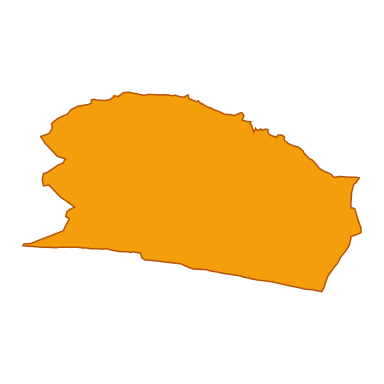 Tambrauw, Papua Barat, Indonesia (orthographic projection)
{"feature_id": "22746128B68810971865676", "entity_name": "Tambrauw", "entity_type": "district", "adm_level": 2, "iso_a3": "IDN", "parent_name": "Indonesia", "parent_adm1": "Papua Barat", "projection": "orthographic", "projection_center": [132.821, -0.81], "detail": "fine", "context": "isolated", "style": "filled", "palette": "amber", "viewbox_px": 384, "rotation_deg": 0, "n_neighbors": 0, "source": "geoboundaries", "source_scale": "gbopen_adm2", "svg_char_len": 4878}
<svg xmlns="http://www.w3.org/2000/svg" viewBox="0 0 384 384"><path d="M358.8,178.8L359.2,177.9L356.7,177.4L354.0,177.2L352.5,177.3L351.6,177.3L349.5,177.1L347.2,177.2L346.3,177.1L345.8,177.0L345.5,176.9L345.3,176.9L344.6,176.8L343.8,176.7L343.0,176.7L342.2,176.6L341.5,176.6L340.7,176.6L339.9,176.3L339.5,176.6L338.8,176.6L338.2,176.7L337.8,176.8L336.8,177.0L336.1,177.1L335.5,177.2L335.0,177.3L334.4,177.3L333.7,177.0L333.1,176.5L332.7,176.1L332.3,175.6L331.9,175.1L331.4,174.7L330.3,173.9L329.8,173.6L329.2,173.3L328.7,173.1L328.0,172.9L327.5,172.6L327.0,172.4L326.5,172.2L325.8,171.9L325.3,171.7L324.6,171.4L323.6,170.9L322.4,170.2L321.8,169.9L321.3,169.6L320.8,169.3L320.1,168.9L319.7,168.6L319.2,168.3L318.8,167.8L318.4,167.3L318.0,166.7L317.6,166.0L316.9,165.3L316.4,164.8L316.0,164.2L315.5,163.5L314.8,162.7L314.2,162.2L313.5,161.5L312.9,160.7L312.4,160.1L310.4,159.2L308.6,158.0L306.4,155.7L304.8,154.0L304.9,153.9L304.6,153.6L304.0,153.2L303.8,153.0L303.6,152.1L303.3,151.2L301.5,149.7L301.4,149.6L301.1,149.0L300.5,148.7L300.1,148.4L299.9,148.2L299.7,148.1L299.2,147.8L298.7,147.3L298.7,147.2L297.2,146.8L294.8,146.1L292.5,145.4L291.1,144.9L289.4,144.0L288.7,143.9L287.5,143.0L287.2,142.3L286.8,142.1L286.2,141.7L285.4,141.2L285.2,141.2L284.3,140.1L284.4,138.9L284.5,137.2L282.8,135.6L281.4,135.1L279.8,135.0L278.9,135.1L277.6,135.4L276.7,137.1L275.9,136.9L274.4,136.7L273.4,136.1L273.2,136.1L272.4,135.9L271.9,135.7L271.5,135.5L270.9,135.5L269.0,133.9L267.8,131.8L267.7,131.0L268.0,130.4L267.8,129.4L265.9,129.3L265.5,129.4L265.5,130.1L265.3,129.2L263.0,129.9L261.4,129.8L261.1,129.1L260.6,129.1L260.4,129.0L259.9,129.4L259.3,130.1L258.3,130.3L257.0,129.9L256.4,129.3L256.1,129.3L255.6,128.6L255.6,128.9L253.8,132.0L253.8,131.6L252.9,129.5L251.9,126.1L250.3,123.9L250.9,121.8L248.6,121.7L248.0,121.7L247.2,121.6L246.4,121.3L245.9,121.1L245.2,120.9L244.2,120.6L243.3,120.5L243.1,120.5L242.7,120.5L242.4,120.4L242.2,120.3L242.2,120.1L242.3,120.0L242.4,119.7L242.6,119.3L242.7,119.0L242.7,118.7L243.0,118.1L243.5,116.8L243.9,115.5L242.2,113.0L241.0,112.7L238.8,113.5L236.3,114.7L234.4,115.5L230.0,114.5L228.3,114.6L227.7,114.7L226.2,114.2L224.7,114.5L223.9,114.0L220.8,112.3L216.4,110.6L213.8,109.6L209.9,107.6L207.9,107.2L205.0,105.7L203.8,104.9L202.2,103.6L201.0,103.8L198.2,100.7L196.5,101.7L192.1,99.8L189.1,98.7L188.2,96.2L188.3,95.1L186.6,95.5L184.3,97.1L180.9,96.9L177.3,96.0L174.9,95.1L173.3,95.8L169.0,95.1L164.9,94.7L160.9,95.0L148.9,94.4L144.0,95.4L135.4,93.5L128.5,92.3L123.9,92.5L118.1,96.5L115.6,96.0L113.9,95.7L113.0,97.6L111.5,98.4L110.0,99.5L108.1,100.0L105.0,100.5L101.1,100.3L98.2,100.3L93.8,99.3L91.4,99.9L91.2,103.2L88.6,104.4L77.6,106.3L71.0,109.7L67.4,114.2L63.5,115.8L58.6,118.0L53.1,122.1L51.5,124.1L52.0,125.4L52.1,127.1L51.9,129.0L49.0,133.5L47.1,134.2L40.7,136.5L45.2,143.4L57.4,156.4L65.4,158.9L62.9,163.2L58.3,164.9L53.9,167.9L48.4,171.6L47.0,172.6L43.5,173.6L42.6,177.4L42.4,180.5L43.5,185.8L44.1,185.8L49.0,185.1L51.5,187.7L60.1,196.7L61.2,197.5L74.7,207.0L72.2,208.2L71.5,208.7L69.7,209.4L68.7,210.4L67.1,211.4L66.5,213.5L66.0,215.2L65.7,216.6L66.0,216.8L66.3,217.1L66.7,217.2L67.2,217.4L67.7,217.6L68.3,218.0L68.8,218.5L69.1,218.9L69.1,219.0L63.1,230.9L30.3,243.6L23.9,243.9L23.0,245.9L25.4,245.9L26.7,246.2L29.3,246.3L31.9,246.3L33.9,246.6L39.7,247.0L41.2,247.2L43.4,247.4L45.2,247.3L47.3,247.3L51.8,247.5L56.0,247.7L57.0,247.6L60.8,247.1L62.3,247.3L65.8,247.1L68.4,247.2L70.6,247.4L71.8,247.3L75.5,247.1L78.3,247.4L80.0,247.5L82.0,247.8L84.6,248.1L85.0,247.7L86.6,248.0L88.1,248.3L90.8,248.7L92.7,248.8L96.2,248.6L98.8,248.9L101.3,249.0L102.9,249.2L106.0,248.7L107.1,248.8L110.0,249.8L113.4,250.5L114.9,250.6L118.0,251.5L119.4,251.4L120.5,251.6L123.6,251.7L126.0,251.8L128.3,251.8L130.3,252.4L131.2,252.4L132.0,252.3L133.2,251.7L134.8,252.1L135.9,252.4L136.9,252.4L138.2,252.9L139.4,252.8L140.6,253.0L141.8,257.7L144.6,259.8L160.7,261.3L160.7,261.5L166.9,262.2L181.0,263.9L188.0,267.1L188.9,267.6L190.4,268.0L193.0,268.9L196.1,269.2L199.3,269.3L203.3,269.5L206.4,269.6L208.8,270.4L210.8,270.9L212.0,271.2L216.3,271.9L219.5,272.5L221.3,273.0L225.2,273.6L228.8,274.2L233.7,274.9L239.1,275.7L242.2,276.7L243.8,277.2L247.8,277.8L251.5,278.9L256.1,279.7L257.2,280.0L257.8,280.0L265.8,281.0L271.6,281.8L274.0,282.2L276.9,282.9L277.9,283.1L284.9,284.7L287.8,285.4L291.7,286.2L296.0,287.1L300.5,288.0L303.7,288.9L307.3,289.4L313.1,289.7L314.9,290.4L318.8,291.0L321.9,291.7L322.6,290.1L323.9,287.9L324.9,284.4L326.1,281.0L327.5,276.9L329.0,274.4L333.4,268.3L337.1,263.8L339.0,260.6L340.4,257.5L343.2,254.0L345.5,251.2L347.9,247.7L349.6,244.5L349.8,242.2L350.8,239.4L350.8,236.7L358.2,233.9L361.0,232.5L361.0,227.3L359.8,225.1L356.9,216.2L354.8,208.7L353.1,208.0L351.0,207.9L350.9,206.1L350.9,203.0L351.3,198.6L351.6,192.2L353.9,184.3L356.4,182.2L356.5,182.2L357.5,180.2L358.8,178.8Z" fill="#f59e0b" stroke="#b45309" stroke-width="1.5"/></svg>